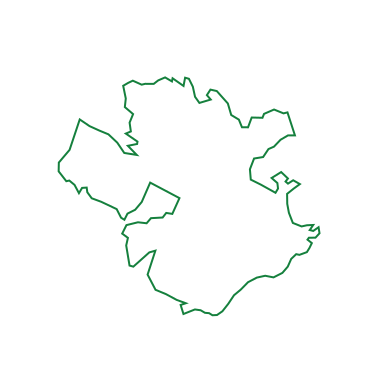 Kasan, Kashkadarya, Uzbekistan (Albers equal-area conic projection), rotated 296°
{"feature_id": "79887680B27619716135754", "entity_name": "Kasan", "entity_type": "district", "adm_level": 2, "iso_a3": "UZB", "parent_name": "Uzbekistan", "parent_adm1": "Kashkadarya", "projection": "albers", "projection_center": [65.779, 39.126], "detail": "fine", "context": "isolated", "style": "outline", "palette": "green", "viewbox_px": 384, "rotation_deg": 296, "n_neighbors": 0, "source": "geoboundaries", "source_scale": "gbopen_adm2", "svg_char_len": 1882}
<svg xmlns="http://www.w3.org/2000/svg" viewBox="0 0 384 384"><g transform="rotate(296 192 192)"><path d="M125.6,278.6L135.5,281.9L143.5,287.8L148.8,294.5L151.0,302.7L158.9,308.7L166.9,310.8L175.4,310.5L181.8,312.9L182.6,316.1L188.3,321.6L193.2,322.1L198.6,322.1L199.8,316.7L202.1,317.1L205.1,323.0L210.8,324.7L215.8,321.2L210.1,318.0L209.4,314.5L215.5,315.4L212.5,309.9L209.1,305.6L208.4,296.2L215.8,288.2L223.1,282.8L232.0,278.3L239.6,281.9L246.4,285.5L246.9,277.8L241.6,274.6L242.4,271.5L246.2,272.3L249.0,263.4L239.5,257.4L237.5,264.8L232.8,267.8L227.9,267.4L228.8,250.6L228.9,239.4L237.8,234.1L249.3,233.1L254.6,240.6L264.1,241.9L268.7,245.8L277.8,248.7L285.0,253.5L288.0,259.7L305.4,242.9L302.8,239.8L302.1,229.6L293.8,222.5L289.6,222.8L285.1,213.0L274.7,214.0L272.1,208.5L277.6,202.4L278.4,193.5L287.3,185.4L293.6,170.0L292.1,163.7L285.6,162.9L283.3,168.3L275.3,159.6L278.9,153.0L287.0,146.6L292.4,139.6L291.7,135.7L283.6,137.9L285.7,124.7L282.6,125.5L283.2,117.6L277.5,112.7L272.4,110.2L268.7,102.5L266.4,99.7L266.1,90.0L262.1,86.8L257.3,83.6L247.0,91.5L238.9,94.4L236.2,104.9L227.0,105.5L219.6,110.5L215.5,106.9L213.4,120.9L211.1,121.6L205.4,114.1L201.1,126.1L197.4,114.0L203.6,103.2L207.2,91.6L206.6,81.9L206.3,71.0L208.0,59.3L176.2,63.5L160.1,59.4L152.1,63.1L146.6,74.3L148.5,76.7L146.9,83.3L141.4,90.9L147.5,91.4L149.8,95.4L145.9,98.0L142.4,104.6L143.4,114.7L143.6,131.8L137.8,139.5L137.4,143.4L144.3,143.5L151.1,148.7L161.0,151.2L182.1,150.3L181.0,183.4L163.7,183.9L161.9,178.0L156.2,176.8L150.5,166.6L144.0,164.9L141.1,156.7L133.5,147.6L124.0,147.5L122.7,154.5L115.1,156.3L98.5,168.1L99.2,172.0L119.0,180.1L123.2,184.8L98.3,188.3L88.1,202.1L88.8,213.4L88.3,225.5L89.3,235.2L85.5,231.3L78.6,237.8L87.7,246.1L89.5,251.6L89.1,256.6L90.6,260.5L90.2,264.4L92.4,268.4L98.1,271.6L107.3,273.6L117.6,275.0L125.6,278.6Z" fill="none" stroke="#15803d" stroke-width="2"/></g></svg>